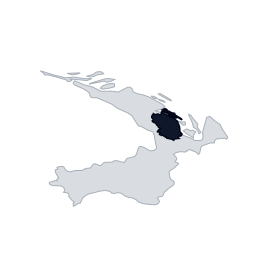 Licko-Senjska highlighted on a map of Croatia, rotated 162°
{"feature_id": "HRV-1584", "entity_name": "Licko-Senjska", "entity_type": "County", "adm_level": 1, "iso_a3": "HRV", "parent_name": "Croatia", "parent_adm1": "", "projection": "natural_earth1", "projection_center": [15.249, 44.713], "detail": "fine", "context": "in_parent", "style": "filled", "palette": "ink", "viewbox_px": 256, "rotation_deg": 162, "n_neighbors": 0, "source": "natural_earth", "source_scale": "10m", "svg_char_len": 6382}
<svg xmlns="http://www.w3.org/2000/svg" viewBox="0 0 256 256"><g transform="rotate(162 128 128)"><path d="M37.9,86.8L39.1,88.4L47.3,90.3L49.1,89.4L50.2,88.1L50.2,87.3L50.9,87.1L53.8,88.3L62.7,88.2L64.5,87.2L67.8,81.7L68.9,81.2L69.6,81.4L70.1,83.1L71.4,84.6L75.9,88.3L77.6,88.7L79.2,87.7L80.9,87.4L85.8,89.4L89.9,89.8L92.9,88.7L91.4,85.8L91.2,84.3L91.4,83.0L93.5,81.7L93.4,81.1L90.9,78.8L91.0,78.2L96.5,75.7L101.8,74.2L102.7,73.1L103.4,68.3L103.1,65.7L100.9,63.3L100.8,62.1L101.3,60.9L102.2,59.7L106.8,58.4L113.5,55.6L115.5,53.0L116.8,52.5L120.5,52.9L121.3,52.3L120.8,48.5L121.5,47.6L123.4,46.5L126.7,46.9L129.5,47.9L136.7,51.2L140.6,54.2L142.7,57.6L145.6,60.2L149.3,62.1L152.2,64.6L154.3,67.8L157.3,69.6L161.1,70.0L163.6,71.1L164.6,72.9L166.7,74.5L169.9,75.9L174.8,76.7L187.1,77.4L192.5,75.7L196.6,71.3L198.3,71.6L204.0,70.3L203.7,73.0L202.0,74.1L203.8,76.9L205.5,81.3L204.6,83.4L205.8,85.1L209.2,86.8L208.3,87.3L207.5,88.8L207.4,91.4L210.2,93.9L217.7,96.6L219.9,98.8L220.0,99.8L219.6,100.4L213.9,100.6L211.7,99.5L211.5,101.2L209.4,101.8L210.7,108.3L210.3,110.2L209.5,110.8L207.9,110.5L207.5,111.1L207.8,112.4L205.8,112.6L202.5,111.9L201.0,110.6L200.6,108.2L199.6,106.2L196.9,104.2L191.5,103.9L185.1,101.9L180.5,102.5L176.1,101.6L172.3,104.2L170.3,104.2L166.5,101.0L165.3,100.8L162.0,102.4L160.6,102.5L155.0,100.8L153.0,100.5L151.5,101.1L148.8,100.4L142.3,96.3L138.3,99.4L130.2,98.7L127.8,100.8L125.0,104.9L122.8,106.9L120.9,106.2L118.5,104.4L114.5,99.7L112.4,98.9L110.1,98.7L108.1,99.2L107.0,100.2L105.4,113.0L105.4,116.5L109.9,119.9L115.2,125.6L116.9,126.3L117.8,128.1L120.5,138.4L123.2,142.0L132.3,150.4L136.2,155.8L148.0,166.2L153.2,168.1L154.0,169.1L154.1,173.1L154.6,174.6L158.1,178.9L165.2,185.1L166.0,186.6L166.3,187.6L165.8,188.4L164.0,189.3L155.9,182.2L149.5,178.4L142.3,171.2L132.7,168.3L126.2,165.2L117.9,166.6L115.3,166.7L113.3,166.1L112.0,164.1L111.9,160.7L108.1,157.5L102.9,154.5L98.0,150.6L88.1,140.1L86.2,136.8L91.2,135.5L97.1,136.2L90.8,131.7L81.7,123.0L79.0,118.9L78.7,114.5L79.4,108.4L77.8,104.0L70.8,98.4L68.3,95.5L63.1,93.7L60.9,93.9L59.5,96.1L58.4,100.9L49.9,113.8L46.6,113.7L43.0,107.6L39.4,103.0L38.7,98.1L36.0,88.2L37.9,86.8ZM191.1,204.4L191.2,205.9L193.7,209.5L182.3,201.4L171.6,194.9L164.0,193.3L153.7,188.1L146.9,186.2L152.4,185.8L168.4,192.8L166.6,190.9L168.9,190.2L170.9,190.7L172.1,193.0L181.2,199.2L186.9,202.8L191.1,204.4ZM66.3,120.7L66.0,122.3L64.1,120.3L63.2,116.8L60.8,111.2L60.5,109.6L61.7,108.1L61.7,106.5L60.0,101.5L61.4,100.7L62.3,100.6L62.6,104.0L63.3,106.0L65.6,108.4L65.2,112.4L65.6,118.2L66.3,120.7ZM76.4,108.2L72.5,109.0L70.7,107.5L70.2,106.2L67.0,105.9L64.7,103.3L67.5,101.4L68.9,98.3L74.2,104.7L76.4,108.2ZM138.6,176.0L133.6,176.1L129.3,175.4L127.2,174.2L128.0,171.4L132.8,171.6L140.2,172.8L142.0,174.3L141.4,174.9L138.6,176.0ZM151.6,181.8L149.4,182.2L135.3,181.9L131.2,181.1L125.7,178.3L130.3,177.7L134.6,178.3L135.9,179.9L151.6,181.8ZM88.2,133.6L87.4,134.7L79.6,127.7L78.7,125.3L74.8,120.6L74.2,119.3L77.8,122.4L79.1,122.7L82.5,125.7L85.8,129.7L89.8,133.1L88.2,133.6ZM134.4,187.0L140.3,188.1L144.6,187.6L148.4,188.3L151.5,190.1L144.8,189.7L140.8,191.0L137.2,190.3L135.9,189.5L134.9,188.4L134.4,187.0ZM88.2,150.1L88.6,151.1L86.6,150.7L78.9,142.0L78.0,140.3L80.8,142.3L88.2,150.1ZM74.6,113.4L77.8,118.6L74.9,117.0L72.2,116.4L71.7,115.2L72.6,113.3L74.6,113.4ZM164.8,196.0L169.1,198.8L156.4,195.2L159.2,194.8L164.8,196.0ZM94.0,148.0L96.0,151.0L94.1,150.4L92.0,148.5L90.8,146.6L94.0,148.0ZM89.5,144.5L90.0,145.9L86.1,143.3L84.4,140.7L89.5,144.5Z" fill="#d9dde1" stroke="#a8b0b8" stroke-width="1"/><path d="M91.5,132.5L87.2,128.4L85.7,126.6L84.8,125.7L83.9,125.3L83.8,125.1L82.8,124.4L82.5,124.3L82.3,124.0L79.2,119.6L78.7,118.2L79.0,117.7L79.0,117.1L78.8,116.4L78.7,115.6L78.6,113.4L78.7,112.8L79.3,110.2L79.7,109.6L79.9,108.9L79.6,108.0L78.6,105.8L78.8,105.6L78.8,105.1L78.8,104.9L80.0,104.2L80.3,104.1L80.6,104.3L80.8,104.4L81.3,104.3L82.2,104.4L82.7,104.4L82.9,104.3L83.0,104.2L83.1,103.9L83.2,103.6L83.2,103.4L82.6,102.3L86.2,103.1L87.3,103.0L88.1,102.3L88.3,102.2L88.4,102.3L88.6,102.4L88.7,102.6L88.8,102.8L89.0,103.0L89.3,103.2L89.4,103.3L89.6,103.6L89.7,103.8L89.9,103.9L94.1,106.2L94.2,106.3L94.3,106.5L95.0,107.7L95.1,108.0L95.5,108.3L96.1,108.7L96.2,108.9L96.3,109.1L96.6,109.8L96.7,110.0L96.9,110.3L97.0,110.4L97.3,110.4L97.7,110.4L98.1,110.4L98.3,110.5L98.5,110.6L98.5,110.8L98.8,111.1L100.1,112.1L99.8,112.8L99.5,113.2L98.8,113.6L98.8,113.9L99.0,114.0L99.5,114.4L100.0,114.6L100.3,114.9L100.5,114.9L101.0,115.0L101.2,115.3L101.1,115.6L101.0,115.8L100.9,115.8L100.0,116.3L99.7,116.6L99.4,116.7L99.2,116.8L99.0,117.0L98.8,117.1L98.6,117.1L97.4,117.1L97.2,117.2L97.1,117.3L97.1,117.7L97.2,118.0L97.5,118.3L97.8,118.5L98.3,118.8L98.5,119.0L98.9,119.6L99.0,120.2L99.0,121.0L99.6,121.7L99.7,121.9L99.9,122.7L100.0,122.9L100.0,123.0L99.9,123.3L99.8,123.6L100.0,123.9L101.9,125.5L102.3,126.0L102.8,127.3L101.2,128.4L101.0,128.6L100.9,128.8L100.9,129.0L101.1,129.2L101.2,129.3L101.3,129.3L101.5,129.4L101.6,129.5L101.8,129.9L101.9,130.0L102.0,130.1L102.2,130.4L102.2,130.6L102.1,131.0L101.9,131.5L101.6,131.9L101.1,132.5L100.8,132.8L100.4,133.0L100.1,133.0L99.8,133.1L99.7,133.2L99.4,133.8L98.4,132.7L98.1,132.4L97.8,132.3L95.4,132.1L95.2,132.1L94.9,131.9L94.4,131.4L93.7,130.8L93.3,130.6L93.1,130.5L92.9,130.5L92.6,130.6L92.4,130.9L92.2,131.1L91.5,132.5L91.5,132.5ZM78.4,124.7L78.1,124.5L74.8,120.8L74.3,119.9L74.0,119.0L75.4,120.4L77.4,123.1L78.7,123.9L78.5,122.8L79.3,122.7L80.4,123.4L81.2,124.2L82.0,125.3L82.4,125.7L83.6,126.0L83.9,126.5L84.2,127.1L84.7,127.7L84.1,127.7L83.2,127.0L82.5,126.9L82.7,126.5L82.7,126.4L81.5,125.7L80.8,125.5L80.5,125.2L80.1,125.0L79.5,125.0L79.5,125.3L81.2,126.2L83.8,129.5L85.3,130.5L84.8,130.1L84.3,129.6L83.9,128.9L83.6,128.0L84.9,128.6L87.8,131.4L88.5,131.8L89.0,132.3L89.9,133.0L90.3,133.5L89.7,133.6L88.9,133.2L88.2,132.7L87.5,132.4L87.5,132.6L88.0,132.8L88.6,133.1L89.1,133.5L89.4,134.0L88.8,134.0L88.9,134.4L89.0,134.5L88.5,134.4L87.1,133.8L86.4,133.8L86.4,134.0L87.7,134.8L87.7,135.1L87.0,134.9L86.3,134.6L85.8,134.1L85.3,133.5L85.3,133.2L85.8,133.2L85.8,132.9L85.5,132.8L85.3,132.6L85.1,132.1L85.4,132.1L85.7,132.1L85.8,131.9L86.0,131.6L85.2,131.1L84.9,131.0L84.6,131.1L84.1,131.3L83.8,131.3L83.5,130.9L82.9,129.9L81.0,128.4L80.7,128.4L79.1,127.5L79.1,127.2L79.3,127.2L79.6,127.0L79.7,126.9L79.4,126.3L78.5,125.1L78.4,124.7Z" fill="#0f172a" stroke="#020617" stroke-width="1.5"/></g></svg>